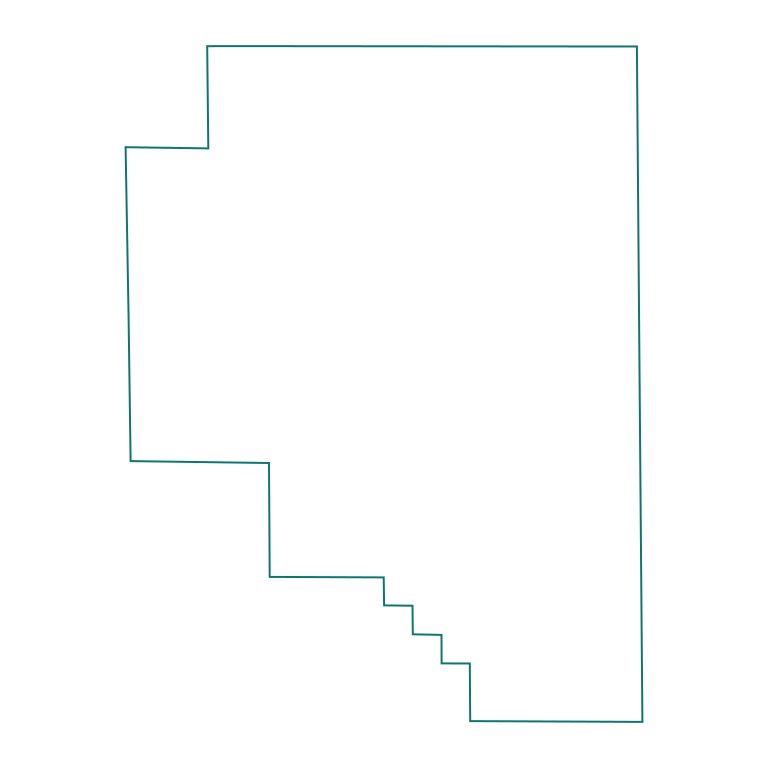 the district of Moultrie, Illinois, United States of America
{"feature_id": "52423323B43589710426261", "entity_name": "Moultrie", "entity_type": "district", "adm_level": 2, "iso_a3": "USA", "parent_name": "United States of America", "parent_adm1": "Illinois", "projection": "orthographic", "projection_center": [-88.66, 39.62], "detail": "fine", "context": "isolated", "style": "outline", "palette": "teal", "viewbox_px": 768, "rotation_deg": 0, "n_neighbors": 0, "source": "geoboundaries", "source_scale": "gbopen_adm2", "svg_char_len": 363}
<svg xmlns="http://www.w3.org/2000/svg" viewBox="0 0 768 768"><path d="M226.7,46.1L207.2,46.2L208.3,148.4L125.6,147.2L128.6,318.1L130.6,461.1L269.0,463.0L269.7,576.9L383.7,577.4L384.1,605.4L412.5,605.7L412.8,634.3L441.5,634.9L441.6,663.4L469.8,663.5L470.2,721.1L642.4,721.9L639.1,321.2L636.9,46.5L226.7,46.1Z" fill="none" stroke="#0f766e" stroke-width="2"/></svg>